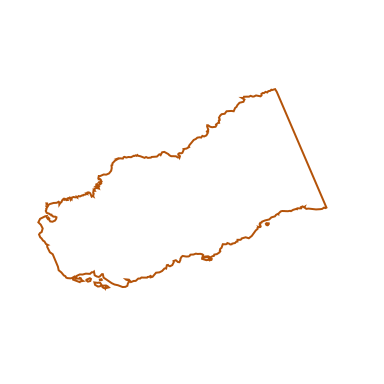 North West Choiseul, Choiseul, Solomon Islands, rotated 292°
{"feature_id": "97153195B88202120204491", "entity_name": "North West Choiseul", "entity_type": "district", "adm_level": 2, "iso_a3": "SLB", "parent_name": "Solomon Islands", "parent_adm1": "Choiseul", "projection": "equal_earth", "projection_center": [156.555, -6.774], "detail": "fine", "context": "isolated", "style": "outline", "palette": "amber", "viewbox_px": 384, "rotation_deg": 292, "n_neighbors": 0, "source": "geoboundaries", "source_scale": "gbopen_adm2", "svg_char_len": 5962}
<svg xmlns="http://www.w3.org/2000/svg" viewBox="0 0 384 384"><g transform="rotate(292 192 192)"><path d="M227.3,323.1L316.6,233.1L318.5,230.5L316.4,227.9L316.5,227.2L315.1,226.6L314.1,225.0L312.5,224.5L312.4,222.7L310.6,221.6L310.4,220.6L309.0,219.6L307.6,220.3L306.4,219.7L305.5,215.2L303.7,213.6L303.2,212.5L303.1,210.3L301.8,209.2L299.8,204.5L298.4,204.4L297.9,203.1L297.4,206.0L294.9,205.9L292.5,202.6L289.4,201.5L287.6,201.4L286.1,200.5L282.5,200.4L281.9,198.1L279.8,193.8L276.8,193.0L275.2,190.3L273.3,189.5L270.9,189.2L269.9,190.4L268.9,190.2L268.7,190.6L267.9,190.2L266.3,191.2L265.8,190.3L263.6,189.0L263.0,189.7L261.3,189.4L259.6,186.4L259.3,184.4L259.9,181.9L259.6,181.1L258.5,181.4L255.8,183.8L254.7,183.5L254.9,183.9L253.9,184.4L253.2,183.7L252.4,184.5L249.8,184.1L248.0,182.4L247.9,180.6L245.9,180.1L245.6,178.6L244.4,176.6L242.6,175.7L240.9,174.1L234.6,172.1L232.7,171.9L232.5,172.4L230.2,170.6L228.6,168.0L227.9,168.5L224.7,168.4L223.9,167.6L223.3,165.8L222.4,165.1L221.4,165.3L220.7,167.4L219.4,167.5L219.6,167.3L218.7,166.1L219.1,163.7L217.4,159.2L217.6,157.3L218.3,155.8L218.8,151.3L217.6,149.4L214.5,149.1L214.9,148.2L214.7,147.6L211.7,146.2L209.4,141.5L208.5,141.0L207.1,138.3L207.2,136.3L205.9,135.2L205.8,130.7L205.4,128.5L205.8,127.5L204.8,127.1L204.9,126.1L203.9,125.2L203.8,124.5L201.4,122.4L200.7,120.1L199.3,118.1L199.3,116.3L198.7,115.6L197.1,115.4L196.2,112.5L194.9,110.9L192.1,108.8L188.8,107.5L187.2,108.0L186.5,107.4L184.2,108.6L181.4,109.1L178.1,108.1L176.0,106.0L175.1,103.5L172.3,100.8L171.9,99.6L169.7,100.0L169.5,100.9L169.0,100.9L169.5,102.2L169.0,103.0L168.5,103.0L167.9,104.2L166.9,103.9L166.2,104.6L165.0,104.2L163.2,102.6L162.5,102.7L162.3,103.6L161.7,103.3L160.7,104.1L160.9,103.1L160.2,103.5L160.0,101.9L158.6,100.5L157.9,100.7L157.6,100.1L156.7,101.4L156.2,100.2L154.1,100.7L153.7,101.4L152.2,101.7L151.7,101.3L151.0,102.0L151.1,101.4L150.1,100.7L152.7,98.1L153.0,97.0L152.8,96.0L152.3,96.1L152.0,95.2L151.4,95.4L151.1,94.6L150.8,95.1L150.7,94.4L149.8,94.3L148.7,92.5L147.9,92.2L147.8,91.5L145.9,89.8L145.8,88.5L144.4,87.7L144.4,87.0L143.9,87.4L144.0,86.7L143.3,85.8L143.0,84.0L141.8,82.7L141.0,82.9L141.4,82.4L141.2,81.8L140.4,82.1L140.7,81.4L140.0,81.6L140.6,80.9L140.2,79.9L139.6,79.7L139.5,79.0L138.4,78.5L137.9,79.5L137.4,78.6L138.1,77.0L137.9,75.8L137.2,75.5L136.8,75.9L136.6,75.0L135.8,74.8L133.5,74.7L133.1,74.1L130.7,73.7L132.7,72.8L133.0,72.0L131.3,70.6L130.0,67.8L127.6,64.7L126.2,63.7L124.9,63.7L124.1,62.5L123.4,63.5L121.8,63.1L121.2,63.6L119.7,63.5L118.2,65.1L118.4,67.6L118.0,68.9L118.3,70.1L117.6,70.4L117.7,71.5L117.2,72.6L117.9,74.5L117.8,75.8L116.3,76.1L114.2,75.7L112.2,73.8L111.6,71.6L112.9,69.7L113.8,69.7L114.1,69.1L113.3,69.3L112.9,68.7L113.2,68.2L114.5,66.3L115.3,66.3L114.4,64.9L110.2,61.2L106.3,60.9L105.0,64.1L102.3,67.2L98.6,67.6L96.9,66.4L95.3,66.1L93.1,68.3L92.7,69.7L91.1,72.2L90.9,73.7L89.1,76.1L88.9,78.2L88.4,77.6L86.8,78.4L82.9,82.8L82.1,86.2L72.5,95.7L69.5,97.7L68.5,101.0L66.6,104.5L66.5,106.1L65.5,107.4L65.5,108.8L66.4,111.6L67.2,112.9L69.8,114.9L69.7,116.6L71.0,116.5L73.5,118.8L74.5,121.5L76.5,124.1L77.9,128.1L80.0,129.1L80.5,130.4L81.5,130.9L78.3,133.0L78.0,135.4L78.3,137.3L79.1,138.1L82.1,139.3L82.4,140.1L79.5,142.1L77.4,151.7L77.2,154.8L77.8,158.2L77.9,163.3L79.1,165.8L80.8,167.2L83.3,166.8L84.8,167.3L85.7,166.7L86.3,165.5L86.0,164.0L86.2,163.4L87.1,166.4L85.6,169.1L87.7,171.3L88.5,173.1L91.6,174.6L92.4,176.4L93.7,177.1L95.8,182.4L96.6,182.7L97.9,185.2L98.3,184.7L98.7,185.0L98.4,185.9L97.7,186.0L98.6,187.2L103.7,188.9L105.3,191.9L107.6,193.9L110.7,195.1L111.4,196.0L111.4,196.7L114.7,196.1L115.4,197.1L114.9,198.0L114.9,199.4L116.8,201.1L120.1,201.4L121.1,200.7L122.7,202.6L121.8,205.2L122.2,206.6L124.6,206.7L125.8,206.3L128.0,206.6L129.2,207.3L130.0,210.9L131.0,213.0L131.8,213.7L133.3,214.0L134.6,216.8L136.3,218.7L136.6,220.3L137.8,222.9L138.1,224.9L137.8,225.9L136.6,225.9L136.5,227.3L138.2,230.5L138.5,231.4L138.2,232.9L138.5,233.8L140.2,235.1L140.9,236.2L142.3,236.1L143.7,238.3L146.3,240.1L147.7,240.4L147.9,239.8L149.9,239.5L151.4,240.3L155.1,240.1L156.3,243.1L157.0,243.8L157.9,243.9L158.0,246.0L157.7,247.1L158.4,248.4L159.2,248.6L160.8,251.0L162.6,251.7L163.1,252.7L164.7,252.1L165.8,254.8L166.6,255.4L167.5,255.4L170.1,258.7L170.4,262.0L173.7,263.9L180.2,265.5L182.3,266.6L183.4,266.2L184.4,267.0L184.6,266.7L184.8,268.0L185.2,268.5L186.0,268.5L186.3,267.6L187.2,267.5L187.6,266.7L189.1,266.9L189.6,267.9L190.7,268.0L193.0,270.4L195.5,273.9L198.2,275.1L200.5,278.0L202.3,278.5L203.8,279.7L203.7,280.4L204.2,280.2L207.2,281.5L208.2,282.8L210.1,288.1L211.3,290.0L211.3,290.9L213.4,292.5L215.3,294.9L215.4,295.8L216.3,295.8L217.7,299.3L218.7,299.4L219.0,298.9L220.1,300.0L219.8,301.5L220.5,302.0L219.8,302.0L219.2,304.3L220.3,306.3L222.3,313.5L224.1,317.3L225.0,318.9L227.0,320.3L227.0,321.6L227.7,322.4L227.3,323.1ZM70.4,121.1L70.3,120.2L69.5,120.3L68.3,116.7L68.4,115.5L69.0,114.7L67.6,113.8L66.2,114.6L66.4,121.7L67.2,121.8L68.7,124.3L69.0,122.7L70.4,121.1ZM73.3,141.0L73.1,139.6L72.4,138.5L71.6,135.4L69.6,136.9L69.1,140.2L70.0,141.8L71.7,143.4L73.3,141.0ZM137.5,231.1L135.5,226.7L134.7,226.1L133.8,226.4L134.2,230.9L135.4,232.9L135.2,234.0L135.8,234.3L136.3,235.4L137.2,235.4L137.0,232.4L137.5,231.1ZM73.1,147.3L71.6,144.1L70.3,144.6L70.0,145.7L70.0,147.0L70.5,147.5L70.2,147.8L70.8,147.8L70.6,148.1L72.4,150.6L72.9,149.2L73.1,147.3ZM73.5,130.9L73.8,129.6L71.1,127.0L70.4,127.2L69.9,129.1L71.4,131.0L73.5,130.9ZM191.7,274.9L191.0,272.7L190.1,272.4L189.4,273.2L189.3,274.2L189.7,274.8L191.1,275.2L191.7,274.9ZM77.2,140.6L76.3,139.3L75.7,139.7L76.0,140.6L76.7,141.3L77.2,140.6ZM166.6,103.4L166.4,102.2L165.8,102.0L165.7,103.6L166.6,103.4ZM162.6,101.9L161.9,100.6L162.0,101.2L161.5,100.9L162.0,102.0L162.6,101.9ZM127.1,61.9L126.9,61.3L126.2,61.7L126.5,62.1L127.1,61.9ZM195.9,111.8L195.8,111.3L194.8,110.2L194.9,110.7L195.9,111.8ZM163.7,100.9L163.2,100.4L162.7,100.7L163.2,101.2L163.7,100.9Z" fill="none" stroke="#b45309" stroke-width="2"/></g></svg>